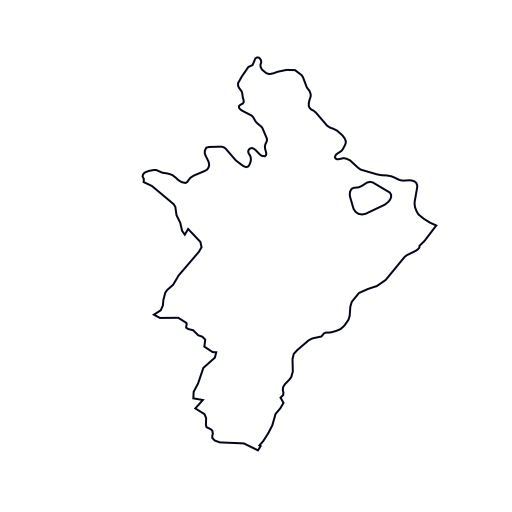 map outline of Drôme (Robinson projection), rotated 211°
{"feature_id": "FRA-5288", "entity_name": "Drôme", "entity_type": "Metropolitan department", "adm_level": 1, "iso_a3": "FRA", "parent_name": "France", "parent_adm1": "", "projection": "robinson", "projection_center": [5.26, 44.733], "detail": "fine", "context": "isolated", "style": "outline", "palette": "ink", "viewbox_px": 512, "rotation_deg": 211, "n_neighbors": 0, "source": "natural_earth", "source_scale": "10m", "svg_char_len": 3618}
<svg xmlns="http://www.w3.org/2000/svg" viewBox="0 0 512 512"><g transform="rotate(211 256 256)"><path d="M196.4,76.6L199.7,77.5L200.8,79.3L201.5,81.5L203.5,83.8L205.7,84.2L210.2,83.8L211.9,85.4L215.3,91.4L218.7,93.9L229.5,94.1L227.4,105.2L236.4,101.7L239.5,107.5L240.0,116.9L243.5,133.0L238.9,147.7L240.5,153.0L243.6,151.3L253.6,151.7L256.4,158.1L260.3,159.2L264.7,158.3L271.6,160.0L276.5,158.5L278.9,158.6L279.4,159.3L280.3,161.9L281.3,162.8L290.8,163.0L306.5,153.4L313.3,153.1L309.7,160.4L310.3,165.5L312.8,170.7L314.9,178.0L314.6,181.2L312.2,188.7L312.3,199.5L307.1,230.2L307.2,235.5L310.9,239.4L328.1,244.2L328.0,237.6L332.3,239.5L338.1,245.5L345.1,250.0L350.4,256.5L353.2,258.0L381.2,262.4L390.4,261.5L391.8,264.2L394.3,265.9L394.8,267.9L394.5,269.9L393.2,271.8L391.5,273.9L387.7,277.2L385.9,278.3L379.0,279.2L375.0,280.9L372.0,281.8L369.4,282.3L365.1,281.8L362.3,281.2L360.0,281.0L357.5,281.1L354.0,282.3L353.0,284.2L352.9,286.3L352.5,289.3L350.8,292.8L343.8,302.4L342.6,304.5L342.3,305.9L342.3,307.5L342.7,309.2L343.5,310.5L345.1,312.3L351.1,316.2L352.9,317.8L354.1,319.9L354.4,323.2L352.5,325.2L342.0,331.9L339.3,332.6L337.3,332.4L322.7,327.6L315.3,326.7L313.0,326.6L310.2,327.1L309.0,328.4L308.6,330.2L308.8,332.1L309.3,334.3L310.1,336.2L311.4,337.9L313.1,339.2L314.9,340.0L316.2,341.1L316.8,342.1L316.8,344.3L316.2,345.4L315.0,346.5L313.1,346.8L311.0,346.6L304.6,344.9L302.4,344.9L299.7,346.1L299.4,347.7L300.2,349.5L303.6,352.8L304.9,354.7L305.5,356.5L305.8,359.3L306.1,360.7L307.1,362.2L316.0,368.7L317.1,369.3L318.7,369.7L323.3,370.4L325.6,371.1L329.9,373.5L332.0,374.1L342.9,373.4L345.0,373.6L346.8,374.2L347.8,375.7L347.3,377.5L345.8,380.0L345.9,381.9L347.2,383.5L348.9,385.0L351.7,388.5L353.4,389.9L357.2,391.4L359.0,392.7L360.4,394.9L360.6,402.6L359.9,414.1L359.2,415.1L357.3,417.9L358.3,425.2L357.3,426.8L355.7,427.5L353.9,427.1L352.2,426.0L351.1,424.3L350.8,422.5L349.6,420.6L347.0,418.9L341.4,418.0L338.2,418.8L335.3,421.4L332.3,425.1L325.6,431.3L318.3,435.4L310.0,434.5L307.9,433.5L299.3,426.7L295.3,425.1L292.8,423.2L291.5,421.4L290.9,419.2L290.4,416.9L289.6,414.5L288.1,411.8L286.3,410.6L284.1,410.0L281.9,410.2L278.6,409.8L262.1,404.3L258.6,404.2L255.2,404.9L251.1,405.2L244.0,403.9L240.4,402.4L237.9,400.4L237.1,398.4L236.8,396.4L236.6,392.1L236.9,390.0L238.9,385.9L239.7,383.8L239.3,381.4L237.9,380.5L236.2,380.7L234.6,381.9L231.3,385.0L228.5,386.0L224.6,386.4L213.9,384.2L210.7,384.0L194.6,388.2L190.0,389.9L185.4,392.4L181.1,394.0L179.0,394.4L172.6,395.0L170.4,395.6L168.2,396.7L163.9,399.7L161.5,400.9L158.4,401.6L156.2,401.1L154.3,399.7L153.2,397.9L147.9,384.1L146.6,381.9L144.8,379.7L141.3,377.0L139.4,375.9L137.6,375.2L131.1,374.3L123.9,374.2L117.2,375.0L119.3,355.9L121.1,349.0L120.3,347.3L120.7,345.0L121.9,342.5L127.3,334.1L128.2,331.4L132.5,302.3L136.9,292.6L143.2,285.2L148.7,277.3L150.3,266.1L149.1,261.3L144.8,252.8L143.9,248.9L144.4,241.6L145.9,236.9L148.5,233.3L152.0,229.5L154.5,227.6L156.5,226.5L157.9,224.6L158.5,220.6L159.7,219.6L165.0,214.6L165.9,213.4L167.5,210.6L172.2,196.6L173.2,191.5L171.6,186.4L164.9,175.9L163.4,170.3L163.8,166.9L165.2,161.0L165.2,157.5L164.0,154.9L162.2,153.1L161.1,150.9L162.0,147.2L156.8,144.3L156.7,138.0L157.9,130.7L154.8,119.2L154.2,110.1L154.5,100.9L155.5,95.4L154.1,95.4L154.2,90.4L169.9,89.1L191.0,77.6L196.4,76.6ZM173.9,379.3L193.7,379.2L196.4,378.3L198.6,376.2L201.6,370.2L203.5,367.6L207.3,364.8L208.6,362.9L208.6,360.0L207.6,357.5L206.0,355.3L196.6,346.6L193.3,345.1L189.8,344.9L186.5,346.2L183.8,348.6L172.0,366.4L170.4,370.7L170.1,373.5L170.5,376.1L171.8,378.1L173.9,379.3Z" fill="none" stroke="#020617" stroke-width="2"/></g></svg>